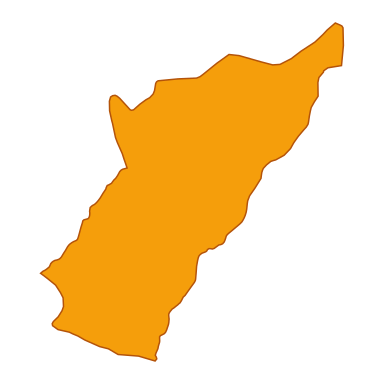 Flores Costa Cuca, Quezaltenango, Guatemala
{"feature_id": "79465075B83292540692788", "entity_name": "Flores Costa Cuca", "entity_type": "district", "adm_level": 2, "iso_a3": "GTM", "parent_name": "Guatemala", "parent_adm1": "Quezaltenango", "projection": "orthographic", "projection_center": [-91.868, 14.633], "detail": "fine", "context": "isolated", "style": "filled", "palette": "amber", "viewbox_px": 384, "rotation_deg": 0, "n_neighbors": 0, "source": "geoboundaries", "source_scale": "gbopen_adm2", "svg_char_len": 2884}
<svg xmlns="http://www.w3.org/2000/svg" viewBox="0 0 384 384"><path d="M155.1,361.0L156.8,358.9L156.3,357.1L155.3,355.3L156.0,353.0L157.9,348.7L158.4,346.1L158.9,344.4L159.5,342.5L159.7,341.0L159.6,338.9L159.6,336.7L160.5,335.6L162.4,334.7L164.4,333.6L165.6,332.2L166.7,329.8L167.1,328.5L168.0,325.9L168.5,324.3L168.8,322.6L169.1,319.0L168.9,317.4L168.7,315.4L168.8,313.8L169.9,311.8L171.3,310.1L172.2,309.0L173.8,308.0L176.5,305.8L177.7,304.9L178.8,303.8L180.0,302.9L181.4,300.7L183.2,297.1L185.1,295.4L187.8,291.5L191.1,286.9L194.3,282.5L195.3,280.6L195.6,279.2L196.1,273.3L196.6,266.2L197.6,260.6L198.2,258.0L198.9,256.1L200.1,254.6L202.0,253.2L203.9,252.5L205.7,251.8L206.8,250.9L207.4,249.7L208.9,248.6L210.8,248.7L212.4,249.0L214.2,248.4L218.8,245.0L220.8,244.6L222.6,243.8L224.1,242.1L224.8,240.6L225.6,238.3L226.2,236.2L227.2,234.7L228.7,233.3L232.1,230.5L240.0,223.8L241.8,222.0L243.0,220.1L244.2,217.8L245.2,215.4L246.2,212.1L246.7,209.2L247.3,203.5L247.7,200.8L249.6,195.8L254.9,188.2L261.0,178.4L261.3,175.9L261.8,172.5L262.5,170.3L263.3,168.4L266.5,164.9L270.8,161.4L273.5,160.5L275.7,159.9L284.2,155.2L290.5,148.6L292.0,145.9L293.8,142.7L295.9,139.7L298.4,136.2L303.9,129.7L306.2,127.2L308.0,124.3L308.5,122.1L309.4,115.9L310.4,110.8L311.2,107.5L314.4,101.8L318.1,96.2L317.9,82.5L318.9,77.5L320.3,75.9L323.4,72.2L323.7,70.8L327.9,67.8L341.5,65.6L343.4,45.5L343.0,27.8L341.9,26.0L340.2,25.1L335.3,23.0L327.2,30.0L322.9,34.6L314.9,42.1L301.0,51.2L291.2,58.7L280.0,64.4L272.7,64.9L260.8,61.8L239.1,55.6L229.0,54.5L216.9,63.2L203.2,74.3L200.0,76.7L196.5,78.1L177.9,78.9L158.1,80.8L156.6,81.8L155.7,83.4L154.5,90.7L153.1,94.1L149.7,97.7L145.9,99.8L139.9,104.2L133.6,109.8L131.6,110.3L130.2,109.8L119.7,98.3L117.1,96.2L115.1,95.3L112.6,95.7L110.6,97.0L109.4,101.2L109.6,110.8L111.8,120.8L112.5,123.3L115.5,137.5L117.4,142.6L122.3,153.7L124.1,159.3L125.4,163.0L127.1,168.0L122.5,169.3L120.9,170.3L119.6,171.8L118.6,173.7L117.5,175.7L115.7,178.3L113.9,180.0L112.7,181.6L111.5,183.3L108.9,184.8L107.2,185.5L106.2,187.6L105.9,188.9L105.1,190.2L103.2,193.0L100.3,197.8L98.4,200.4L96.6,202.5L94.9,204.1L93.7,204.9L92.4,205.5L90.2,207.5L89.8,209.8L89.6,211.3L89.8,213.0L89.7,215.1L89.4,216.5L88.9,217.7L88.0,218.7L86.3,219.2L84.0,219.8L82.8,220.9L82.4,222.8L81.8,224.7L81.0,227.2L80.0,230.9L79.4,233.2L78.7,235.7L78.2,237.4L77.5,239.3L76.4,240.4L73.4,241.7L71.6,242.8L70.2,243.8L69.0,244.9L67.6,246.7L65.5,250.4L63.8,253.0L62.6,255.0L61.4,257.0L60.2,258.3L58.8,259.3L56.8,260.0L54.9,260.4L53.2,261.3L51.8,262.4L50.7,263.7L50.2,265.0L49.3,266.9L46.9,268.9L45.4,270.0L42.9,271.3L40.6,273.3L41.7,274.1L47.6,278.6L55.6,285.1L60.5,292.7L63.1,297.8L63.5,306.6L62.0,310.8L58.2,316.8L53.4,321.5L52.2,323.7L52.6,325.7L58.0,329.6L69.4,332.2L72.6,333.8L77.9,336.0L84.8,340.0L99.7,346.6L108.4,348.8L118.1,354.5L138.6,356.1L155.1,361.0Z" fill="#f59e0b" stroke="#b45309" stroke-width="1.5"/></svg>